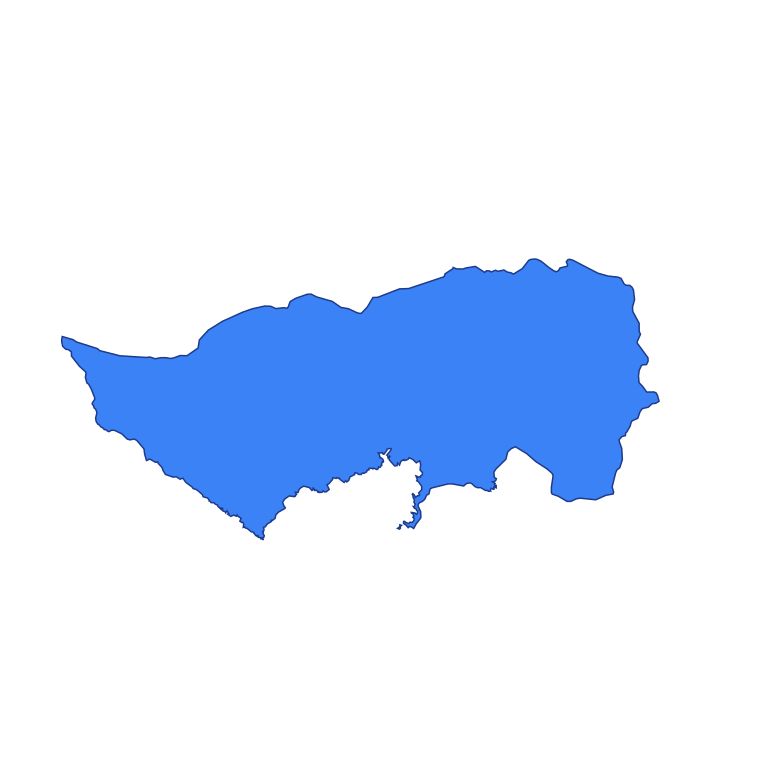 Luwu Timur, Sulawesi Selatan, Indonesia (Natural Earth projection), rotated 326°
{"feature_id": "22746128B1110744719374", "entity_name": "Luwu Timur", "entity_type": "district", "adm_level": 2, "iso_a3": "IDN", "parent_name": "Indonesia", "parent_adm1": "Sulawesi Selatan", "projection": "natural_earth1", "projection_center": [121.051, -2.532], "detail": "fine", "context": "isolated", "style": "filled", "palette": "blue", "viewbox_px": 768, "rotation_deg": 326, "n_neighbors": 0, "source": "geoboundaries", "source_scale": "gbopen_adm2", "svg_char_len": 6172}
<svg xmlns="http://www.w3.org/2000/svg" viewBox="0 0 768 768"><g transform="rotate(326 384 384)"><path d="M473.3,585.8L479.1,586.7L482.6,588.2L494.8,598.4L505.8,600.4L512.5,603.3L513.9,602.1L515.6,596.9L526.1,587.4L529.0,585.5L532.6,585.3L539.3,580.0L545.1,570.3L546.9,563.1L547.9,561.6L552.0,560.6L555.2,561.8L557.0,559.7L558.6,559.5L564.3,556.7L567.5,554.0L569.0,553.3L575.3,554.3L580.4,550.4L583.6,549.0L585.5,549.2L590.0,551.0L595.4,550.3L598.4,551.9L602.4,552.1L604.3,546.5L604.6,543.6L603.4,541.6L597.3,537.6L597.1,530.8L596.2,525.5L599.5,519.6L603.1,515.5L607.6,512.7L609.3,512.7L611.9,514.5L612.8,514.5L615.8,512.7L617.5,509.8L616.8,491.7L617.6,490.5L624.4,486.2L625.0,483.1L629.5,476.3L630.8,462.9L633.2,459.0L638.9,454.2L643.4,445.5L643.7,442.5L643.0,439.8L639.8,437.4L639.0,435.4L639.6,429.0L637.7,426.2L630.0,419.7L623.2,411.6L609.7,386.8L607.5,384.3L605.7,383.8L603.4,384.7L602.8,388.0L601.6,388.8L594.9,386.2L592.1,387.5L589.7,387.4L588.0,385.0L585.9,379.7L583.0,370.3L580.9,366.6L579.1,364.8L575.6,362.9L573.2,362.4L563.1,365.7L552.9,365.3L551.4,362.7L548.9,360.3L547.2,356.6L541.5,354.3L540.0,352.0L535.6,351.1L534.4,348.9L532.1,347.4L529.9,347.8L525.5,337.6L517.0,333.7L513.7,332.8L508.5,329.1L506.5,326.1L505.9,326.9L496.3,326.8L494.0,328.6L493.1,328.5L457.9,318.7L450.0,313.8L427.2,308.6L423.2,306.1L413.1,310.9L405.4,312.6L403.7,312.3L401.3,309.6L396.6,301.7L391.1,296.4L387.3,286.6L376.8,274.1L373.8,268.7L370.6,266.7L358.9,263.6L353.3,263.2L351.9,263.4L347.8,266.5L346.0,267.0L343.6,264.7L336.5,261.0L333.6,256.3L328.8,252.7L316.8,248.0L307.4,245.5L285.2,241.7L268.5,241.1L255.6,244.2L250.0,250.2L236.5,250.4L230.9,246.4L223.6,244.6L221.1,243.3L217.9,240.2L213.9,237.5L208.4,235.1L205.0,230.7L201.8,229.1L180.8,212.9L167.0,197.4L166.2,194.4L152.5,177.1L151.1,173.5L143.8,164.7L141.8,166.8L140.3,169.0L138.7,173.1L139.6,177.2L141.5,179.0L142.8,182.5L140.5,186.1L141.4,199.0L143.4,207.1L142.7,208.9L140.2,211.4L138.3,216.9L139.0,219.0L138.6,223.8L136.6,233.1L135.7,234.9L131.4,236.7L130.8,237.9L131.1,239.4L130.3,241.7L130.9,243.6L130.0,247.2L125.8,251.1L124.4,254.1L124.3,257.3L125.0,258.3L125.3,261.1L126.4,263.3L126.6,265.4L127.5,265.7L128.8,269.1L129.4,269.7L132.4,270.0L134.8,271.9L138.8,278.8L140.3,286.0L142.1,288.2L146.2,290.0L147.5,292.6L148.7,303.6L146.3,308.4L144.3,314.6L147.9,315.3L150.8,321.2L153.0,322.1L152.4,323.4L153.3,329.3L152.5,331.6L152.2,336.7L157.1,343.3L159.9,344.7L161.7,348.9L164.6,349.6L164.7,354.8L167.3,362.0L167.3,364.0L169.2,366.2L170.1,368.6L171.6,374.1L171.0,376.3L174.0,379.9L174.1,382.2L173.6,383.0L174.4,384.6L174.3,385.7L176.6,387.3L177.0,389.4L178.1,390.9L177.9,392.6L178.8,396.6L179.4,395.6L180.7,396.8L179.8,397.5L179.5,399.2L181.0,401.5L180.8,402.2L182.9,401.3L182.9,404.6L181.6,404.4L183.0,408.1L186.0,408.6L187.6,411.0L189.0,410.4L188.9,412.0L190.5,415.4L187.8,417.1L188.6,419.2L189.5,419.5L189.4,421.7L187.1,424.2L188.8,424.9L188.6,425.9L189.8,427.3L191.3,432.3L193.1,434.1L192.6,434.8L193.2,437.6L192.9,437.8L194.8,439.3L194.7,439.8L193.7,439.5L194.3,441.1L195.9,442.6L195.6,443.2L196.3,443.1L196.2,444.8L196.9,445.3L197.7,443.6L198.9,443.8L200.0,442.6L200.0,440.3L201.1,439.5L200.9,438.5L202.1,438.5L203.1,437.6L204.0,435.4L205.7,436.0L208.9,434.8L213.6,435.0L214.3,434.0L214.6,434.7L218.6,434.5L221.0,432.1L225.0,431.2L232.4,431.8L233.0,431.3L232.9,428.8L233.9,425.2L237.8,423.8L242.8,423.8L246.7,427.3L247.8,427.4L248.3,426.2L248.2,426.8L249.7,426.7L250.0,424.2L252.1,425.9L254.3,424.1L256.8,423.5L260.3,423.8L264.2,428.1L264.7,431.9L265.9,432.0L266.9,430.6L267.4,430.9L267.0,433.6L268.5,434.2L269.2,436.0L268.8,435.8L268.6,436.4L269.3,437.5L272.0,439.1L273.8,438.5L274.3,440.2L275.9,441.1L279.6,440.8L280.4,435.6L282.4,435.9L288.1,434.4L288.5,433.4L289.6,433.3L291.4,435.5L292.8,435.3L293.4,436.9L294.4,437.2L294.2,438.6L295.9,443.3L298.1,442.8L298.4,444.4L300.8,444.2L303.9,442.0L309.0,442.7L310.0,441.4L311.8,442.6L312.2,444.6L314.3,446.2L316.4,445.8L317.5,446.9L320.6,447.1L322.0,446.0L323.5,446.8L324.3,445.6L326.5,446.8L327.3,448.2L328.3,447.9L330.3,451.0L331.8,451.0L333.1,449.7L334.1,450.8L334.8,450.8L336.1,449.8L336.6,450.2L337.8,448.3L339.2,447.6L339.3,448.3L340.2,448.1L341.0,445.8L340.0,442.7L339.4,442.7L340.5,440.4L340.7,437.9L343.0,439.6L344.0,439.6L344.4,440.9L344.0,441.3L344.7,442.2L349.4,440.6L350.0,439.7L352.5,440.6L353.8,441.6L352.6,442.7L346.6,444.5L347.0,445.1L346.1,447.4L348.2,446.8L348.4,447.3L346.5,448.4L345.9,449.9L347.0,457.9L349.2,459.0L351.1,457.0L351.5,459.9L354.8,457.5L357.2,457.6L357.8,457.8L357.4,458.0L358.0,458.8L360.6,459.7L362.4,459.8L363.4,459.1L365.7,462.5L366.7,467.4L370.6,467.6L369.5,471.1L365.8,475.5L366.3,478.9L364.9,480.8L363.4,480.5L362.1,481.6L361.4,480.6L359.6,480.1L359.8,478.9L359.1,478.0L358.3,481.7L357.0,482.5L357.9,484.2L358.0,489.9L356.1,492.7L351.8,493.7L351.5,495.8L350.5,496.2L349.5,495.4L346.5,495.5L347.1,493.3L346.6,491.0L345.7,491.3L345.7,492.7L344.8,494.0L344.2,497.5L342.7,498.6L342.7,501.2L340.5,502.6L339.8,502.0L339.8,504.2L340.8,504.8L340.3,507.0L340.9,508.1L339.1,510.0L337.9,510.1L337.6,508.3L334.8,505.7L334.6,506.2L335.4,508.0L334.8,510.3L333.4,510.6L333.8,512.5L332.6,513.8L329.9,514.6L328.4,513.1L326.5,513.5L324.7,511.2L324.3,509.4L323.4,508.9L322.2,510.6L323.4,513.5L323.7,516.6L325.4,516.3L326.9,518.0L327.8,520.4L332.4,518.0L339.0,515.8L340.0,515.2L343.0,510.3L344.0,504.4L344.8,503.1L347.0,502.2L350.0,502.8L353.3,502.4L357.0,500.1L359.9,500.2L363.5,496.8L365.5,496.9L381.1,502.6L384.8,505.1L393.0,513.1L396.9,512.7L400.1,514.1L401.0,515.5L402.1,520.1L403.8,522.5L406.1,523.8L408.6,529.0L410.1,529.9L410.5,531.3L412.6,532.4L412.6,531.6L414.5,530.4L415.7,532.4L416.7,532.6L416.9,531.4L418.2,530.7L418.9,531.2L418.4,531.8L419.0,532.8L420.3,530.8L419.5,529.9L419.6,529.0L420.5,528.6L419.3,525.8L420.9,526.6L422.6,526.5L424.2,525.4L423.3,523.1L425.7,518.6L429.1,517.1L442.9,514.6L448.7,509.4L453.7,508.7L457.9,509.6L463.4,521.6L466.5,533.3L471.6,545.3L473.3,551.4L473.3,553.5L472.3,555.3L465.1,563.1L462.0,567.7L461.9,569.3L465.8,574.6L470.1,583.7L473.3,585.8ZM319.5,511.0L318.4,509.6L317.4,511.1L314.5,511.3L315.7,513.0L317.0,512.7L317.7,511.2L319.5,511.0Z" fill="#3b82f6" stroke="#1e3a8a" stroke-width="1.5"/></g></svg>